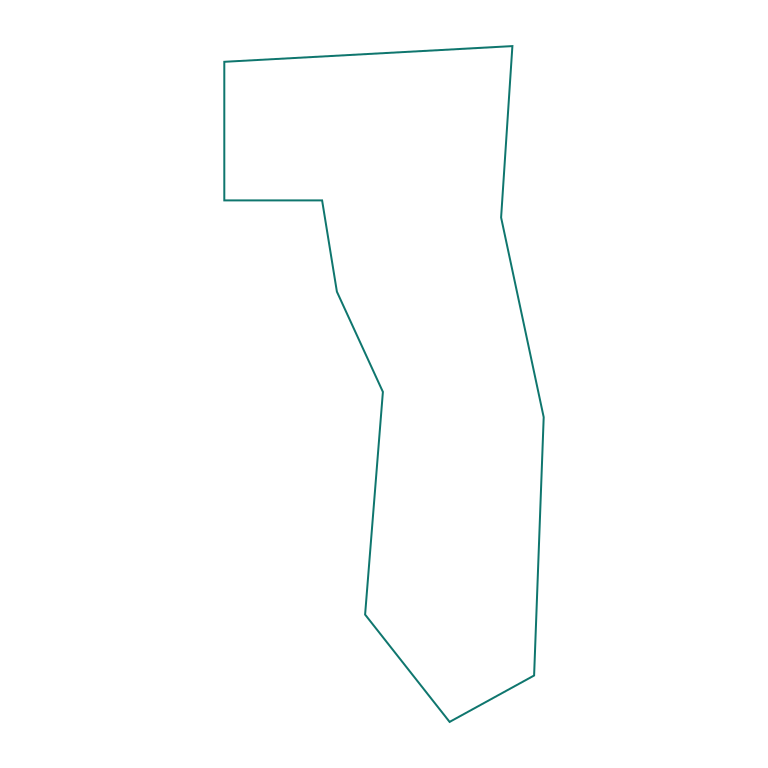 the state/province of Yau Tsim Mong
{"feature_id": "HKG-5157", "entity_name": "Yau Tsim Mong", "entity_type": "state/province", "adm_level": 1, "iso_a3": "HKG", "parent_name": "Hong Kong S.A.R.", "parent_adm1": "", "projection": "orthographic", "projection_center": [114.17, 22.306], "detail": "fine", "context": "isolated", "style": "outline", "palette": "teal", "viewbox_px": 768, "rotation_deg": 0, "n_neighbors": 0, "source": "natural_earth", "source_scale": "10m", "svg_char_len": 269}
<svg xmlns="http://www.w3.org/2000/svg" viewBox="0 0 768 768"><path d="M534.1,675.5L449.6,721.9L365.1,614.6L382.9,391.9L336.9,291.7L322.1,200.4L224.3,200.4L224.3,61.8L512.4,46.1L501.1,217.5L543.7,417.2L534.1,675.5Z" fill="none" stroke="#0f766e" stroke-width="2"/></svg>